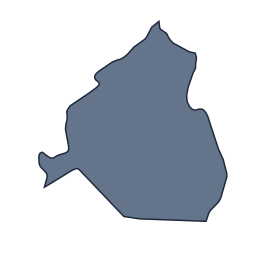 the border of Cordillera, rotated 83°
{"feature_id": "PRY-604", "entity_name": "Cordillera", "entity_type": "Department", "adm_level": 1, "iso_a3": "PRY", "parent_name": "Paraguay", "parent_adm1": "", "projection": "robinson", "projection_center": [-57.018, -25.289], "detail": "fine", "context": "isolated", "style": "filled", "palette": "slate", "viewbox_px": 256, "rotation_deg": 83, "n_neighbors": 0, "source": "natural_earth", "source_scale": "10m", "svg_char_len": 1450}
<svg xmlns="http://www.w3.org/2000/svg" viewBox="0 0 256 256"><g transform="rotate(83 128 128)"><path d="M230.1,61.9L219.6,127.5L215.3,142.9L163.1,181.7L162.0,183.4L162.2,185.7L163.3,188.9L175.5,215.7L175.7,216.3L176.5,218.2L167.6,214.5L166.0,214.2L163.8,214.1L161.5,215.4L159.4,216.8L157.9,218.1L156.6,219.0L155.1,219.9L153.5,220.3L152.0,220.5L145.5,220.0L143.8,219.4L142.3,218.4L141.7,216.8L141.8,215.8L142.6,214.9L145.2,212.4L147.8,209.4L148.4,208.1L148.7,207.0L148.6,205.9L148.3,204.9L147.0,202.0L146.4,200.1L145.3,193.8L144.6,191.7L143.3,190.0L140.6,189.3L138.4,189.2L122.6,190.2L120.8,190.1L117.0,189.2L112.1,187.5L109.6,187.0L103.9,186.7L100.6,184.3L98.7,182.3L88.2,161.7L83.9,154.2L81.5,151.4L80.2,151.3L79.2,151.6L78.1,152.4L76.7,153.8L75.8,154.4L74.5,154.8L73.1,154.8L71.6,154.2L70.2,153.0L68.1,150.0L60.7,135.7L59.4,131.0L58.8,127.3L57.6,124.1L55.0,119.8L48.5,112.4L42.0,100.6L40.0,98.4L31.4,92.6L30.7,91.9L25.9,84.3L32.8,84.3L34.4,83.3L38.4,78.6L40.1,77.6L42.2,77.1L44.8,75.9L47.3,74.3L49.5,72.5L59.8,58.0L61.9,52.1L66.9,51.5L72.7,53.1L77.2,53.8L81.1,56.6L95.0,63.4L102.3,65.7L106.3,66.1L110.1,65.8L114.4,64.2L116.7,62.4L117.9,61.0L118.3,59.7L118.4,58.7L118.4,57.7L118.0,56.1L117.9,55.2L118.0,53.9L118.3,52.5L118.7,51.6L119.4,50.8L121.3,49.4L123.0,48.5L125.8,47.5L159.4,40.9L171.1,37.3L185.4,35.5L188.7,35.9L208.6,44.4L212.3,47.0L220.1,56.5L221.2,57.2L222.2,58.1L230.1,61.9Z" fill="#64748b" stroke="#1e293b" stroke-width="1.5"/></g></svg>